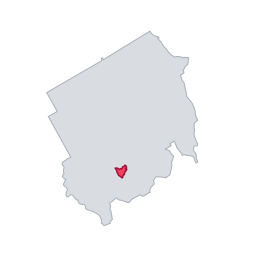 location of Ghubaish, North Kordufan, Sudan, rotated 330°
{"feature_id": "16777658B17931705563902", "entity_name": "Ghubaish", "entity_type": "district", "adm_level": 2, "iso_a3": "SDN", "parent_name": "Sudan", "parent_adm1": "North Kordufan", "projection": "orthographic", "projection_center": [27.423, 12.292], "detail": "fine", "context": "in_parent", "style": "filled", "palette": "rose", "viewbox_px": 256, "rotation_deg": 330, "n_neighbors": 0, "source": "geoboundaries", "source_scale": "gbopen_adm2", "svg_char_len": 4870}
<svg xmlns="http://www.w3.org/2000/svg" viewBox="0 0 256 256"><g transform="rotate(330 128 128)"><path d="M171.6,192.3L169.6,192.4L169.4,191.9L169.4,190.6L169.6,189.6L170.3,188.0L170.1,187.2L170.2,185.9L169.6,184.5L164.7,180.6L163.8,179.5L161.2,178.6L161.6,177.4L160.4,169.2L160.9,168.2L161.0,166.8L161.0,165.5L161.6,163.4L161.6,162.5L156.5,162.5L156.5,163.4L156.7,164.4L156.7,164.8L149.7,165.0L152.5,168.2L152.7,169.6L152.6,171.4L152.6,172.5L152.8,173.3L153.6,174.7L153.5,175.0L153.4,175.3L148.4,179.7L147.6,181.7L146.9,182.8L145.5,184.6L140.9,189.3L140.2,189.6L136.7,189.8L136.3,189.9L136.0,190.1L135.9,190.1L132.8,187.4L127.8,184.2L124.4,185.9L123.5,186.6L123.5,188.1L123.0,188.9L122.1,189.8L119.6,190.4L118.3,190.9L116.8,191.7L115.3,193.2L115.2,194.0L115.3,194.7L106.8,194.7L106.2,194.1L105.0,191.7L104.1,191.9L96.3,191.6L95.2,191.8L92.9,192.8L91.8,193.0L90.6,192.5L86.5,187.7L85.7,187.1L84.7,186.0L83.9,185.5L83.6,185.1L83.5,184.6L83.5,183.5L83.2,182.9L82.6,182.7L77.1,183.8L76.3,183.7L75.1,183.8L74.7,184.0L74.2,184.7L74.1,186.0L74.0,186.6L73.6,187.4L72.0,189.0L71.6,189.7L71.7,191.5L71.6,192.4L71.3,192.8L70.7,193.5L70.4,193.9L70.1,196.2L69.2,197.5L69.0,198.0L69.0,199.0L68.8,199.3L66.3,200.1L65.4,200.6L64.8,201.4L64.7,201.7L63.6,201.4L62.2,201.2L59.6,200.9L58.6,200.5L58.1,200.0L58.3,198.6L58.0,198.3L57.6,198.0L57.3,197.4L57.4,196.7L58.8,195.1L59.1,194.3L59.5,190.2L59.4,189.0L58.3,186.7L55.9,182.8L55.3,182.0L52.2,178.8L51.9,178.3L51.1,176.9L52.0,173.9L52.1,173.1L51.9,172.3L51.1,171.6L50.4,171.5L49.5,170.7L48.9,170.3L48.4,169.6L48.0,168.7L48.3,165.2L48.2,164.7L47.4,164.5L47.2,164.3L47.2,163.6L46.9,161.6L46.4,160.0L46.7,159.0L46.0,157.8L44.8,157.2L42.3,157.6L41.6,157.5L41.0,157.3L40.7,156.8L40.5,156.3L40.7,155.5L41.4,154.0L42.3,152.8L44.1,151.7L44.6,151.1L44.9,150.5L44.9,149.7L44.8,148.9L44.7,148.2L44.2,147.2L43.7,146.1L43.7,145.3L43.9,144.8L44.4,144.1L46.2,142.8L48.0,141.8L48.4,141.4L48.3,141.0L47.4,140.1L47.2,138.4L46.8,137.2L47.7,136.3L48.4,136.0L49.5,135.7L49.9,135.3L50.0,134.6L50.0,133.9L50.4,133.4L50.9,132.3L51.3,131.8L52.7,130.6L53.0,129.8L53.1,129.0L52.8,126.5L53.6,125.5L54.7,124.7L56.1,124.8L58.4,124.7L59.9,124.3L61.0,124.4L63.5,124.8L63.7,124.6L63.9,124.0L64.7,78.2L74.8,78.3L75.0,78.2L75.3,56.7L138.4,56.6L138.9,56.5L139.8,54.5L140.2,54.3L140.9,54.4L141.1,54.9L140.6,56.5L195.3,55.1L195.6,57.6L196.1,59.5L197.8,62.3L199.3,63.7L199.8,64.6L199.8,64.9L199.8,65.3L199.4,64.9L198.7,64.7L198.7,66.0L199.2,68.7L199.8,70.5L199.5,72.3L199.8,75.3L200.7,78.8L200.7,81.1L202.1,86.3L203.4,89.2L204.1,89.9L204.8,90.3L206.1,90.5L208.2,91.9L209.8,93.4L210.4,94.2L211.2,95.1L211.7,94.9L212.0,94.7L212.6,95.4L215.1,96.9L215.5,97.6L214.7,98.4L213.7,99.7L213.3,100.8L213.0,101.2L212.3,102.0L212.1,102.3L211.8,102.6L211.4,102.6L210.6,103.0L209.8,102.9L209.1,103.2L208.8,103.5L208.2,103.7L207.4,103.9L206.2,104.9L205.1,105.4L204.7,105.8L204.2,107.8L203.8,108.3L202.1,108.5L201.3,108.7L200.2,108.5L199.7,108.5L199.6,109.0L199.4,110.6L199.5,111.4L198.7,113.3L199.1,116.9L198.3,119.6L198.2,120.2L197.4,122.4L196.9,123.2L195.9,127.2L195.5,128.4L194.6,129.7L196.0,139.2L195.3,142.2L195.4,143.8L194.8,146.2L194.4,147.3L193.7,148.6L193.1,150.1L192.6,152.1L192.4,155.7L192.2,156.1L189.2,156.6L188.3,156.9L187.6,157.4L186.9,158.3L185.4,161.0L184.7,162.6L183.4,164.8L182.0,166.3L181.7,167.1L181.5,168.5L181.0,170.7L180.6,172.3L180.7,173.5L180.3,175.7L180.4,176.8L179.8,177.4L179.2,178.0L178.7,178.1L176.5,176.7L175.1,177.8L174.2,179.2L173.5,180.7L173.9,183.7L173.9,184.3L173.7,185.1L172.4,188.1L172.0,189.4L171.6,191.8L171.6,192.3Z" fill="#d9dde1" stroke="#a8b0b8" stroke-width="1"/><path d="M107.3,159.9L107.2,159.6L107.0,158.9L106.7,158.8L106.5,158.7L105.3,159.2L104.4,159.0L103.5,159.2L102.3,160.2L102.1,160.1L101.7,160.1L101.5,159.8L101.2,159.5L100.8,159.5L100.4,159.4L100.0,159.4L99.8,159.4L99.3,158.7L99.0,158.0L98.7,157.3L97.8,156.9L97.1,156.5L97.0,156.4L96.9,156.4L96.9,156.7L96.9,156.9L96.9,157.2L96.9,157.4L96.9,157.5L96.8,158.0L96.9,158.3L96.9,158.6L96.9,159.2L96.5,160.6L96.5,160.8L96.4,161.0L96.3,161.3L96.3,161.5L96.4,162.0L96.4,162.3L96.4,162.7L96.4,162.9L96.4,163.1L96.3,163.4L96.3,163.5L96.3,163.8L96.2,164.0L96.2,164.3L96.4,164.6L96.5,164.9L96.6,165.0L96.8,165.5L97.0,165.9L97.2,166.3L97.3,166.5L97.4,166.8L97.5,166.8L97.5,167.0L97.7,167.6L97.9,168.1L98.1,168.3L98.6,168.2L99.0,167.8L99.4,167.3L99.6,166.9L99.9,166.7L100.1,166.6L100.4,166.4L101.3,166.5L101.5,166.5L101.7,166.4L101.8,166.1L101.9,165.9L102.1,165.6L102.3,165.5L102.7,165.4L103.0,165.0L103.1,164.8L103.2,164.6L103.3,164.4L103.5,164.3L103.9,164.3L104.1,164.3L104.3,164.3L104.5,164.3L104.8,164.1L105.1,164.0L105.3,163.6L105.7,163.5L105.9,163.5L106.2,163.3L106.3,162.9L106.2,162.6L105.8,162.4L105.6,162.4L105.5,162.2L105.6,161.9L106.0,161.9L106.6,161.8L107.0,161.5L107.0,161.2L107.0,160.6L107.0,160.3L107.2,159.9L107.3,159.9Z" fill="#f43f5e" stroke="#9f1239" stroke-width="1.5"/></g></svg>